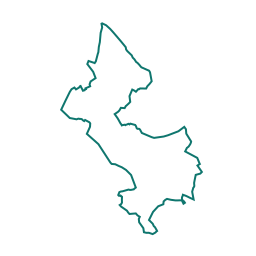 outline of Albasu, Kano, Nigeria, rotated 237°
{"feature_id": "59680162B46612932493253", "entity_name": "Albasu", "entity_type": "district", "adm_level": 2, "iso_a3": "NGA", "parent_name": "Nigeria", "parent_adm1": "Kano", "projection": "orthographic", "projection_center": [9.092, 11.645], "detail": "fine", "context": "isolated", "style": "outline", "palette": "teal", "viewbox_px": 256, "rotation_deg": 237, "n_neighbors": 0, "source": "geoboundaries", "source_scale": "gbopen_adm2", "svg_char_len": 2972}
<svg xmlns="http://www.w3.org/2000/svg" viewBox="0 0 256 256"><g transform="rotate(237 128 128)"><path d="M230.6,162.9L226.4,161.1L222.7,156.9L215.3,151.1L211.9,147.7L209.6,145.9L209.0,145.4L207.8,144.5L206.6,143.0L201.4,137.3L200.6,135.4L201.2,135.0L205.7,131.4L203.8,128.7L194.1,129.4L187.5,128.0L187.4,122.0L185.6,119.6L183.6,119.0L184.4,114.1L183.5,113.9L183.8,112.6L183.3,112.1L183.8,110.5L185.2,110.7L188.3,111.0L189.1,111.1L189.2,110.7L188.6,108.9L188.6,108.4L188.7,105.4L191.1,105.1L191.3,101.8L190.0,98.9L185.0,90.5L179.7,81.9L171.2,83.9L168.1,84.6L163.3,89.6L162.9,91.4L162.6,91.7L162.4,92.0L162.2,92.2L162.0,92.3L161.9,92.4L161.4,93.2L161.1,93.6L160.5,94.1L160.0,94.2L159.0,94.4L157.7,95.0L157.9,95.5L158.1,96.4L155.7,97.7L153.9,98.7L153.2,98.8L152.4,98.8L149.7,96.8L145.5,90.3L130.6,94.4L108.7,94.4L106.8,94.7L104.5,97.6L101.3,99.5L98.5,101.4L93.9,103.5L86.9,105.0L73.8,102.1L73.6,100.0L73.5,99.8L73.4,99.5L73.6,98.9L73.9,98.3L74.2,97.4L74.5,96.8L74.7,96.4L75.1,95.8L75.4,95.5L75.5,95.4L75.8,95.2L76.1,94.8L77.9,88.9L78.6,87.5L78.8,86.5L78.9,85.8L78.6,85.4L77.1,83.3L76.2,83.4L76.0,83.7L75.9,84.1L75.6,84.4L75.2,84.5L75.3,85.0L74.2,85.3L73.6,85.5L72.7,84.9L71.5,84.0L68.7,82.3L67.9,80.8L67.9,79.1L65.9,79.4L64.4,80.0L59.2,82.1L57.1,82.1L55.1,82.4L53.4,85.6L52.1,88.0L49.5,88.4L47.1,89.5L45.8,87.5L42.8,86.0L35.6,86.3L31.9,84.6L30.1,86.3L28.8,88.4L25.6,90.9L25.4,94.1L25.7,95.2L25.7,95.4L25.8,95.7L25.8,96.3L26.6,96.4L30.1,96.6L31.7,96.2L34.2,96.6L39.4,95.5L44.0,103.3L45.9,110.7L44.8,116.1L47.0,117.9L47.4,120.1L47.3,122.1L44.4,124.9L41.4,128.4L38.0,133.8L37.4,134.1L36.7,134.0L36.8,133.6L34.3,133.3L34.3,135.0L36.0,135.0L36.8,134.5L37.4,134.5L38.3,134.5L38.9,134.6L39.2,134.7L39.6,134.9L40.0,135.2L40.4,135.5L40.7,135.9L41.3,136.9L42.1,137.7L39.6,139.6L38.0,140.6L35.9,141.8L32.3,144.1L39.6,147.1L42.4,150.3L42.5,150.9L43.2,152.0L45.9,153.5L48.4,155.9L51.8,159.3L50.4,163.7L50.4,163.9L50.9,166.0L51.0,166.0L58.7,165.8L58.7,166.0L58.7,168.6L58.9,168.6L65.2,169.8L77.2,163.2L79.2,166.5L79.4,168.7L80.5,171.3L81.5,172.8L82.3,173.6L91.5,173.8L95.4,175.9L98.3,175.8L97.8,168.5L100.1,157.7L101.4,153.3L105.5,144.5L107.4,142.9L116.3,136.9L120.1,137.2L121.0,137.0L121.4,136.7L121.7,136.2L121.9,135.8L122.2,135.5L122.6,135.3L123.0,135.2L125.3,135.7L126.6,135.7L130.4,132.3L130.2,131.2L131.3,130.6L131.5,129.1L131.8,128.1L131.8,127.4L132.5,127.1L132.9,126.2L133.3,125.2L133.6,124.2L134.5,124.4L135.6,124.2L137.3,124.3L139.8,124.5L142.1,124.6L146.9,124.4L147.0,128.5L147.4,130.3L148.8,133.0L146.5,136.0L147.6,138.1L147.6,138.5L148.2,142.2L148.7,144.1L153.9,146.6L157.9,152.5L156.1,153.6L154.1,154.4L155.0,157.8L154.5,158.4L154.6,159.7L151.2,164.7L152.5,167.0L153.2,170.0L154.3,173.3L162.7,176.8L164.5,176.9L171.6,172.3L172.7,172.1L174.8,171.9L177.5,171.4L178.9,170.8L182.1,170.8L184.5,170.3L186.9,170.7L192.9,169.3L194.9,169.2L197.0,170.1L204.3,169.3L215.7,167.8L220.8,167.0L226.1,165.6L230.5,162.9L230.6,162.9Z" fill="none" stroke="#0f766e" stroke-width="2"/></g></svg>